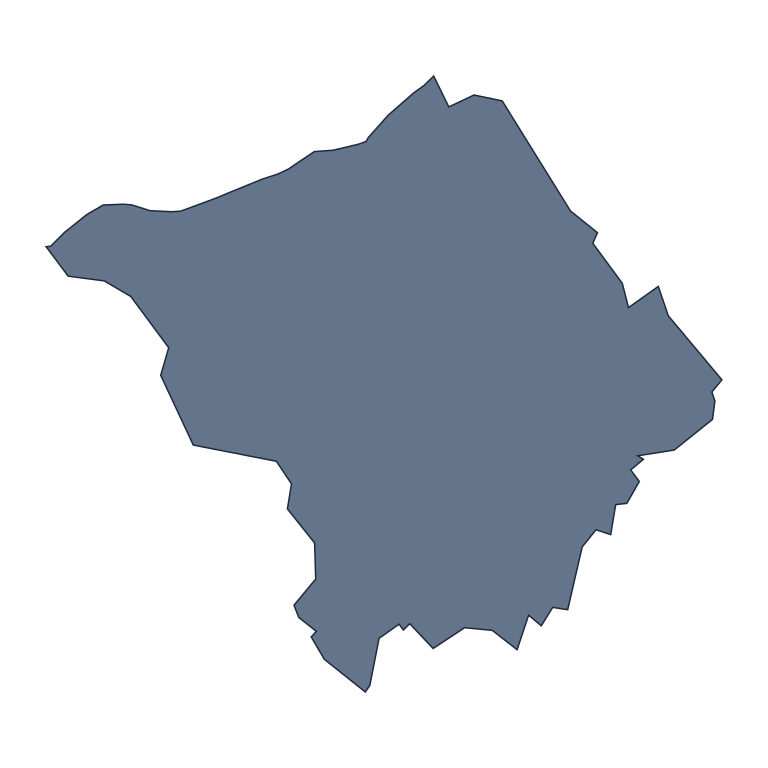 the district of Teartse, Tearce, North Macedonia
{"feature_id": "65306769B20870628535314", "entity_name": "Teartse", "entity_type": "district", "adm_level": 2, "iso_a3": "MKD", "parent_name": "North Macedonia", "parent_adm1": "Tearce", "projection": "albers", "projection_center": [21.037, 42.097], "detail": "fine", "context": "isolated", "style": "filled", "palette": "slate", "viewbox_px": 768, "rotation_deg": 0, "n_neighbors": 0, "source": "geoboundaries", "source_scale": "gbopen_adm2", "svg_char_len": 1107}
<svg xmlns="http://www.w3.org/2000/svg" viewBox="0 0 768 768"><path d="M714.9,401.0L711.9,392.0L721.9,379.8L668.3,315.8L658.3,286.4L628.5,307.6L622.3,283.3L592.8,243.3L597.5,232.7L570.5,211.0L502.2,100.9L474.0,95.0L448.8,106.9L433.7,76.0L424.1,85.4L413.9,92.7L401.0,104.0L388.1,115.3L368.2,137.7L366.1,141.4L359.2,144.0L338.3,149.0L333.3,150.2L314.3,151.6L301.1,160.4L288.5,169.0L277.7,174.1L262.8,178.9L230.9,191.9L215.8,198.2L180.5,211.2L171.3,211.7L150.1,210.7L131.7,204.9L123.5,204.2L103.2,205.0L86.7,214.6L64.5,232.4L50.7,246.2L46.1,246.7L68.2,276.2L104.2,280.9L130.8,296.5L168.7,347.7L160.7,375.3L193.3,445.1L276.4,461.3L291.5,483.9L287.4,508.9L314.6,543.0L315.7,579.0L294.0,605.2L298.8,617.5L316.3,631.3L311.2,636.9L324.3,659.3L365.3,692.0L369.8,685.5L379.1,638.3L399.0,624.2L403.4,630.0L409.7,623.7L433.1,648.5L464.6,627.7L492.3,630.4L517.1,649.7L528.6,615.2L541.3,625.8L552.7,607.4L567.7,609.7L582.2,546.9L596.0,529.8L610.7,534.6L615.7,504.6L626.8,503.4L639.3,481.5L630.7,469.9L643.4,459.3L637.7,455.8L674.3,450.0L712.5,419.4L714.9,401.0Z" fill="#64748b" stroke="#1e293b" stroke-width="1.5"/></svg>